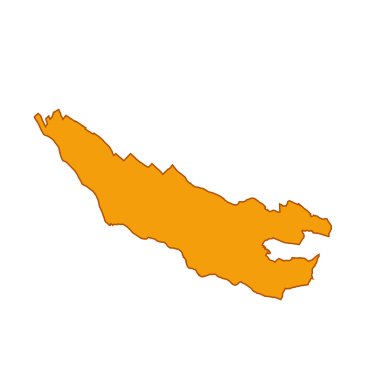 outline of Dobrovat, Iasi, Romania, rotated 156°
{"feature_id": "2599482B94926242048527", "entity_name": "Dobrovat", "entity_type": "district", "adm_level": 2, "iso_a3": "ROU", "parent_name": "Romania", "parent_adm1": "Iasi", "projection": "orthographic", "projection_center": [27.668, 46.958], "detail": "fine", "context": "isolated", "style": "filled", "palette": "amber", "viewbox_px": 384, "rotation_deg": 156, "n_neighbors": 0, "source": "geoboundaries", "source_scale": "gbopen_adm2", "svg_char_len": 5963}
<svg xmlns="http://www.w3.org/2000/svg" viewBox="0 0 384 384"><g transform="rotate(156 192 192)"><path d="M116.8,145.4L119.9,137.8L120.2,137.8L122.3,139.3L124.1,141.5L124.9,142.1L125.4,142.3L127.2,142.2L129.1,142.4L130.0,144.6L130.3,145.0L130.6,144.7L131.9,146.6L132.1,147.6L131.7,147.6L131.0,148.5L131.9,151.3L133.0,153.2L134.5,155.1L134.9,156.2L135.5,157.1L137.1,160.0L138.2,161.2L139.7,161.9L141.4,162.3L143.5,162.3L145.2,162.6L147.0,162.0L148.8,162.0L149.8,162.3L152.4,163.8L153.0,163.7L153.8,162.9L154.6,162.4L156.4,162.0L158.1,162.7L160.4,164.8L161.3,166.0L162.8,167.3L164.9,170.6L165.6,172.2L165.8,173.2L166.1,173.4L166.2,173.8L168.4,177.2L170.5,179.7L172.9,182.0L173.2,182.6L176.3,185.0L177.4,186.2L179.2,189.0L180.5,190.7L182.3,191.8L184.3,193.8L185.1,194.3L186.1,194.6L187.6,196.0L188.9,198.2L189.8,200.5L191.3,202.3L192.2,205.1L192.1,207.0L192.3,208.5L196.8,216.8L197.7,220.0L198.8,224.7L200.5,224.1L201.2,222.9L202.3,222.9L203.0,222.4L203.8,222.6L204.8,222.3L204.9,222.5L211.5,220.0L211.9,221.9L212.6,223.9L217.1,234.2L218.3,233.5L222.1,232.4L225.1,236.9L226.0,238.7L227.3,240.3L229.8,245.3L230.0,246.2L232.5,252.0L241.5,248.3L246.1,258.1L248.6,257.2L248.9,259.5L248.5,261.5L248.8,263.1L248.9,265.3L249.3,267.4L251.3,272.4L252.5,276.0L254.2,279.9L257.7,285.6L258.5,285.0L258.9,285.3L263.5,292.2L264.0,293.0L262.9,293.7L264.5,296.2L265.3,297.0L265.1,297.2L268.9,303.2L269.1,303.1L270.0,304.4L270.4,304.2L271.9,306.8L271.9,307.0L273.5,309.1L274.7,311.5L275.6,312.3L276.0,313.2L280.3,311.0L280.2,311.8L280.4,312.6L280.4,313.8L280.6,315.0L280.1,317.8L280.5,319.1L280.1,319.6L280.3,321.6L285.7,320.9L286.0,321.1L289.1,317.6L292.1,316.3L292.0,319.7L295.4,318.6L296.0,317.6L296.2,313.4L297.8,312.1L299.2,311.3L299.5,318.1L299.3,321.1L299.3,323.2L299.7,324.6L299.9,324.7L300.8,326.4L305.5,324.7L305.4,322.2L304.7,318.6L304.5,314.4L304.6,310.9L304.2,306.1L304.1,305.3L303.3,303.8L301.6,302.3L299.7,300.0L297.8,296.4L297.4,295.4L296.7,291.9L295.5,287.0L296.6,282.4L297.4,276.9L297.3,274.0L297.1,273.1L294.6,270.4L290.5,259.3L289.7,255.0L289.6,251.0L289.0,246.1L289.1,244.2L289.0,243.8L288.1,242.4L286.3,240.4L284.9,238.2L284.2,236.5L282.0,232.6L281.8,230.9L281.3,230.1L281.4,229.4L281.1,228.2L281.0,222.6L282.3,216.8L282.4,208.5L282.7,207.2L282.7,204.7L283.2,201.1L283.1,199.7L281.9,197.7L281.3,195.7L280.4,194.8L280.1,194.9L280.1,195.5L279.8,195.9L279.5,196.0L279.0,195.8L278.1,194.6L278.0,194.0L277.6,194.3L277.2,194.0L276.7,194.2L275.9,193.9L273.5,192.6L272.9,193.0L270.4,191.4L268.1,190.6L266.2,187.9L265.3,186.2L263.8,182.4L262.8,179.3L262.4,178.4L257.3,170.4L255.0,168.7L252.9,167.6L252.3,167.6L250.4,168.3L245.1,164.1L243.9,161.8L242.9,160.7L241.3,159.3L237.9,157.4L237.1,156.1L236.7,154.9L236.3,152.7L235.9,151.6L234.7,149.8L233.3,149.2L232.6,148.7L231.6,148.4L230.7,147.4L227.8,145.2L226.0,142.1L225.8,139.3L225.9,138.8L226.4,138.2L226.4,137.8L226.1,136.2L226.4,135.9L226.2,135.6L225.7,135.3L225.8,134.8L225.1,131.7L225.8,131.1L226.0,130.6L225.8,129.9L226.0,129.8L226.3,126.8L226.5,126.0L225.4,123.5L222.5,121.7L221.8,120.7L220.3,119.2L220.3,118.5L220.1,117.3L220.2,116.5L219.8,114.6L219.0,113.3L219.5,113.1L217.8,110.8L217.1,110.3L214.8,110.1L214.0,109.7L208.9,109.4L207.1,108.4L204.6,107.8L203.6,106.4L203.2,105.2L202.4,103.9L200.6,102.3L199.4,100.8L198.0,99.7L196.1,98.3L195.2,97.2L193.7,94.8L193.3,93.2L192.1,90.7L191.7,90.3L190.7,89.4L188.7,89.2L188.2,89.2L186.1,90.1L183.5,90.0L183.2,88.8L181.5,87.0L179.3,83.7L177.1,79.8L176.7,77.7L176.0,76.1L174.5,74.5L173.9,73.4L171.1,71.1L167.7,67.1L163.5,64.8L161.1,62.9L159.3,62.2L157.8,60.9L154.6,57.6L151.8,59.8L150.6,62.3L146.8,65.3L146.2,66.1L145.0,65.0L143.6,64.9L142.1,63.9L140.3,64.0L137.7,63.6L136.8,63.2L134.9,63.1L132.3,62.4L131.0,62.4L128.3,61.3L127.3,61.2L123.9,60.1L122.0,62.0L120.4,62.8L119.0,64.3L118.4,64.5L117.2,63.8L117.5,64.4L116.8,64.9L116.6,65.4L116.8,66.4L116.3,67.7L115.3,68.8L114.7,69.8L114.4,70.8L113.7,71.9L113.3,73.0L109.5,74.7L108.9,75.5L106.8,77.0L105.0,79.4L104.1,80.3L102.1,81.6L101.9,82.0L101.9,82.8L101.6,83.1L103.8,83.0L110.1,81.0L111.2,81.3L113.8,81.4L114.7,83.0L115.5,84.1L115.5,84.6L116.3,85.7L117.5,86.5L119.1,87.1L119.9,87.9L120.4,88.1L120.5,88.3L121.5,88.4L121.8,88.3L122.4,88.7L125.5,90.1L125.8,90.3L125.8,90.5L127.2,91.3L127.5,91.2L127.7,90.2L130.7,89.6L133.3,91.0L135.7,91.7L136.3,92.2L136.7,92.1L138.0,93.8L138.3,94.4L139.1,95.1L139.6,95.8L141.9,95.5L144.7,94.1L145.3,95.1L145.5,95.3L146.4,96.4L148.7,98.3L149.3,101.7L149.8,103.0L150.5,104.0L150.3,104.4L148.6,105.7L146.7,104.2L145.2,104.4L145.3,105.4L145.5,105.8L145.3,106.1L145.4,106.8L145.7,107.1L146.5,106.8L146.2,107.3L146.1,108.1L146.5,108.5L147.0,108.4L146.8,109.2L147.9,109.7L148.1,110.6L148.6,110.6L148.3,111.1L148.1,110.7L147.7,110.7L147.5,111.6L147.8,112.0L148.9,112.5L148.1,113.2L148.3,113.7L148.7,113.7L149.3,114.3L149.5,114.9L146.5,117.3L144.3,118.0L143.1,117.5L140.7,117.9L137.7,116.8L136.5,117.2L136.1,116.6L127.9,108.0L125.4,106.6L124.0,105.6L122.4,104.8L115.4,100.4L109.9,104.3L108.4,105.0L107.5,106.0L107.1,108.5L107.6,109.4L107.6,110.4L107.3,111.6L107.0,111.9L107.0,111.5L106.8,111.2L105.4,111.2L105.2,110.7L104.5,110.6L104.0,110.1L102.5,110.3L101.0,108.7L100.2,108.3L99.8,108.5L98.9,108.4L98.6,108.0L98.6,107.6L98.2,107.5L97.8,106.8L98.0,105.5L92.9,102.5L85.6,96.0L85.0,95.7L84.6,96.4L84.2,98.0L83.8,98.3L82.4,99.3L81.2,100.5L79.7,101.7L78.5,104.9L79.7,111.4L79.6,112.5L80.9,113.3L83.3,113.8L83.9,114.1L84.8,115.3L86.0,116.4L87.5,119.1L87.9,119.4L88.3,119.4L88.8,120.0L89.7,120.6L90.3,121.4L91.6,120.7L93.2,121.0L93.2,121.4L93.0,121.7L93.3,122.3L93.2,122.5L93.1,123.3L92.7,123.3L92.5,123.8L93.7,126.4L94.1,127.5L96.2,131.3L98.2,135.7L98.5,136.2L98.9,135.9L99.1,136.2L99.1,136.5L98.8,136.6L98.8,136.8L99.5,138.1L100.6,137.5L105.5,143.3L106.7,144.4L108.2,144.2L108.9,143.7L109.3,142.9L111.8,140.9L112.1,141.3L113.7,141.7L114.2,142.1L114.6,142.0L115.1,143.0L115.1,143.5L115.4,143.6L115.5,143.9L116.1,144.2L116.2,144.6L116.8,145.4Z" fill="#f59e0b" stroke="#b45309" stroke-width="1.5"/></g></svg>